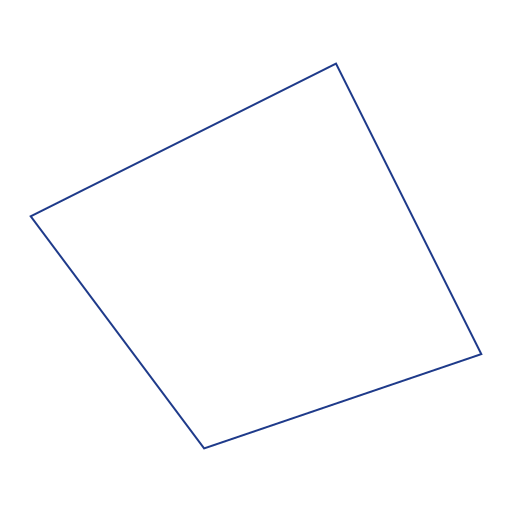 the district of 47, Ad Dawhah, Qatar
{"feature_id": "91078587B84345070687923", "entity_name": "47", "entity_type": "district", "adm_level": 2, "iso_a3": "QAT", "parent_name": "Qatar", "parent_adm1": "Ad Dawhah", "projection": "albers", "projection_center": [51.56, 25.239], "detail": "fine", "context": "isolated", "style": "outline", "palette": "blue", "viewbox_px": 512, "rotation_deg": 0, "n_neighbors": 0, "source": "geoboundaries", "source_scale": "gbopen_adm2", "svg_char_len": 207}
<svg xmlns="http://www.w3.org/2000/svg" viewBox="0 0 512 512"><path d="M204.1,448.4L481.3,354.1L336.0,63.6L329.4,66.9L84.6,189.3L30.7,216.3L204.1,448.4Z" fill="none" stroke="#1e3a8a" stroke-width="2"/></svg>